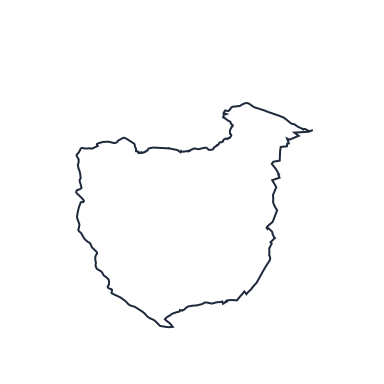 Doclin, Caras-Severin, Romania (Albers equal-area conic projection), rotated 134°
{"feature_id": "2599482B42660116166173", "entity_name": "Doclin", "entity_type": "district", "adm_level": 2, "iso_a3": "ROU", "parent_name": "Romania", "parent_adm1": "Caras-Severin", "projection": "albers", "projection_center": [21.618, 45.308], "detail": "fine", "context": "isolated", "style": "outline", "palette": "slate", "viewbox_px": 384, "rotation_deg": 134, "n_neighbors": 0, "source": "geoboundaries", "source_scale": "gbopen_adm2", "svg_char_len": 6020}
<svg xmlns="http://www.w3.org/2000/svg" viewBox="0 0 384 384"><g transform="rotate(134 192 192)"><path d="M252.1,292.5L252.7,291.7L253.9,289.9L254.4,288.9L254.8,288.0L255.3,287.1L255.8,286.3L256.3,285.5L256.9,284.7L258.1,283.2L259.5,281.6L261.4,281.2L262.6,279.8L263.3,278.4L264.1,277.0L264.9,275.7L265.8,274.3L267.9,274.6L270.9,276.1L272.8,275.0L273.0,273.6L272.9,271.8L272.9,270.0L272.9,268.3L273.0,266.5L273.1,264.9L273.6,263.4L274.8,263.3L275.2,263.7L275.7,264.1L276.1,264.5L276.7,264.8L278.0,264.3L279.3,263.7L280.6,263.2L281.9,262.5L284.1,261.3L287.2,259.3L288.7,258.2L290.2,257.0L293.6,250.4L294.7,249.6L295.9,248.8L297.1,248.1L298.3,247.4L298.7,246.0L298.6,243.1L300.3,237.2L300.4,236.1L300.4,235.1L300.4,234.0L300.3,232.9L300.2,232.2L299.6,229.8L301.3,225.6L301.3,223.8L301.3,222.0L301.3,220.1L301.5,218.3L302.1,217.5L303.1,217.4L304.2,217.2L305.1,216.8L306.1,216.3L307.2,215.2L308.2,214.1L309.1,212.8L310.0,211.6L311.0,211.1L312.3,209.7L312.5,209.3L312.8,208.7L313.0,208.1L313.2,207.5L313.3,206.9L313.1,205.8L312.9,204.7L312.6,203.7L312.2,202.6L312.4,200.6L313.3,197.7L312.8,193.5L312.9,191.2L314.2,189.2L316.8,187.2L318.2,187.1L319.0,186.6L319.2,185.4L319.0,184.7L318.7,183.9L318.4,183.2L317.9,182.6L318.0,181.5L318.6,181.1L319.2,180.6L319.8,180.2L320.5,179.9L320.5,178.9L317.6,170.4L316.7,164.4L316.9,159.4L316.4,157.5L314.3,153.3L312.6,145.1L312.4,143.4L312.3,141.6L312.4,139.9L312.6,138.2L312.3,135.4L310.7,130.9L310.4,129.0L310.5,121.8L305.6,115.0L302.4,112.2L302.2,113.3L302.1,114.5L302.0,115.7L301.9,116.8L301.9,117.3L302.1,118.8L302.3,120.3L302.4,121.7L302.4,123.1L299.6,123.1L295.5,122.0L293.6,121.8L289.6,119.8L286.7,118.0L285.3,118.6L285.2,117.9L284.8,117.6L284.7,117.3L284.6,117.2L284.2,117.3L283.4,116.6L283.5,116.4L281.7,115.8L280.6,115.9L279.5,115.8L278.4,115.7L277.3,115.4L275.4,114.1L273.5,112.7L271.8,111.2L270.0,109.6L265.6,106.9L262.6,106.0L261.2,104.6L258.5,100.2L254.1,97.6L251.6,95.3L249.7,94.1L250.9,92.1L249.9,91.7L249.5,91.7L249.3,91.6L248.3,91.6L247.5,91.7L247.3,91.7L247.3,91.3L247.1,91.0L247.1,90.8L246.2,90.8L246.0,91.5L245.2,91.2L242.0,88.3L238.7,84.4L236.5,84.6L234.3,84.8L232.1,84.9L229.9,85.0L227.2,85.3L227.5,82.8L227.7,81.9L225.3,82.1L221.0,81.9L218.8,82.1L218.8,82.3L212.3,82.5L199.3,86.0L193.9,87.3L187.5,88.5L185.4,89.6L184.6,90.9L184.1,91.6L184.0,92.4L182.2,93.9L178.7,97.5L177.9,97.5L177.1,97.7L175.7,98.3L173.9,98.7L173.6,99.1L173.6,100.6L167.5,100.4L167.5,101.8L166.7,103.6L166.2,105.0L165.2,106.1L164.9,107.5L164.9,110.1L165.0,111.7L166.2,111.9L166.0,113.4L165.3,113.6L164.2,113.9L157.4,113.2L146.7,117.8L146.0,118.1L145.3,121.2L144.3,123.8L143.1,126.5L141.0,128.3L137.8,131.7L130.0,134.7L129.4,136.6L127.8,142.5L120.9,139.0L119.6,141.9L119.0,141.6L117.2,147.6L116.3,154.2L113.7,154.5L108.5,150.7L101.4,157.0L98.0,159.5L93.2,155.5L91.2,157.1L89.8,156.1L87.5,160.8L86.6,158.2L77.5,154.3L78.1,159.6L67.6,149.9L63.5,148.1L64.7,148.7L65.5,149.1L66.6,149.8L66.7,150.0L66.8,150.2L67.3,151.4L68.0,153.7L68.1,154.2L68.2,154.5L68.4,154.8L68.6,155.1L69.0,155.3L69.4,155.4L69.8,155.4L69.8,156.0L69.9,156.4L70.3,157.8L71.4,160.7L71.5,161.3L71.5,161.5L71.7,162.5L71.8,162.7L71.9,163.2L71.9,164.2L72.0,164.7L72.4,165.5L72.4,165.9L72.9,166.5L73.3,167.0L73.6,167.7L73.7,168.0L73.8,168.5L73.9,169.1L74.2,172.3L74.2,173.0L74.8,177.9L76.9,182.9L79.6,188.7L80.3,190.3L81.2,192.1L82.0,193.9L83.1,196.7L84.9,200.3L85.8,202.2L86.3,203.1L87.7,205.8L87.8,206.3L87.9,206.8L88.4,209.0L88.6,211.1L89.1,213.1L90.3,214.8L92.3,216.0L94.5,216.8L96.8,217.3L98.4,218.7L100.2,220.0L101.8,221.6L103.1,222.3L104.9,222.3L106.5,222.0L108.0,221.9L109.0,222.7L109.7,223.8L110.3,224.8L110.9,224.7L112.5,224.3L113.4,224.0L113.0,223.0L112.2,221.5L113.0,221.9L114.0,222.9L114.3,222.9L115.8,221.9L116.0,221.9L116.5,221.6L116.7,221.3L116.7,220.9L116.5,220.7L116.3,220.6L116.1,220.4L116.1,220.2L116.1,219.5L115.9,217.9L115.7,216.1L114.9,213.4L115.3,212.2L115.8,211.4L115.8,210.9L115.8,210.0L115.8,209.6L115.7,209.0L115.9,208.9L116.3,208.9L116.5,208.7L116.8,208.4L117.2,208.6L117.5,208.8L118.3,208.5L121.0,207.6L122.0,206.9L123.5,205.4L123.7,204.5L123.5,204.2L123.9,203.1L124.7,202.8L125.5,202.7L126.3,202.5L127.0,202.5L127.5,202.9L127.8,203.0L127.9,203.3L129.4,203.3L129.6,203.5L129.6,204.1L129.8,204.6L130.2,205.0L130.8,205.1L131.8,205.5L133.6,205.3L133.7,205.0L134.5,204.8L136.0,205.5L136.8,206.4L137.8,206.5L138.2,206.4L139.0,206.1L139.5,205.9L140.5,206.1L140.8,206.6L141.4,206.5L141.4,206.4L141.8,206.3L142.4,206.7L143.0,206.6L143.3,206.7L143.8,207.0L145.0,207.1L145.7,206.7L146.2,206.5L147.0,206.6L147.6,207.1L148.6,207.8L149.9,209.0L150.1,209.9L150.0,210.6L150.0,211.1L150.0,211.5L150.4,212.8L152.3,214.3L156.8,217.1L157.9,218.8L158.4,219.9L159.4,220.8L159.8,220.9L160.5,221.1L160.8,221.4L162.5,222.1L162.8,222.1L163.1,222.2L163.4,222.1L163.5,222.2L163.9,222.3L164.2,222.7L164.5,222.4L165.5,222.9L165.5,223.1L165.5,223.4L165.7,223.7L166.5,224.3L169.1,226.3L170.1,227.5L170.1,228.3L171.4,227.8L171.5,229.0L171.8,229.8L171.8,231.4L173.9,234.6L176.6,239.1L176.9,238.9L177.0,239.0L177.7,240.1L186.8,250.6L189.8,252.8L191.1,253.4L191.8,253.4L192.2,253.2L192.9,252.9L193.3,252.9L193.8,253.3L194.6,253.6L194.8,253.5L195.2,253.4L195.5,253.4L196.0,253.6L196.1,253.9L196.4,254.0L196.7,254.2L197.0,254.2L197.5,254.5L198.0,254.7L198.4,254.8L198.7,255.0L198.9,255.4L198.6,256.1L199.4,256.4L200.0,256.6L200.3,256.6L200.9,257.1L201.1,257.5L200.3,258.4L200.4,258.6L200.6,258.6L200.9,258.7L200.8,259.4L200.9,259.9L201.0,260.1L201.5,260.6L199.9,262.2L199.6,262.8L198.9,264.8L198.2,265.5L197.9,265.9L197.7,266.3L197.5,266.7L197.4,267.2L198.0,270.1L198.5,272.7L199.1,275.4L199.8,278.0L200.8,279.1L205.3,280.5L206.9,280.8L208.0,280.6L209.5,280.9L211.1,282.3L213.8,287.0L217.7,290.7L220.2,292.2L222.4,293.4L223.6,293.7L224.0,293.3L224.2,292.8L224.4,292.3L224.4,291.8L230.2,294.0L231.4,295.7L234.3,298.4L235.3,299.5L236.4,301.4L237.2,302.0L238.4,302.1L242.1,300.9L244.6,300.9L245.1,300.9L245.7,300.6L246.0,300.3L247.3,296.2L247.9,295.5L250.1,293.7L251.8,293.0L252.1,292.5Z" fill="none" stroke="#1e293b" stroke-width="2"/></g></svg>